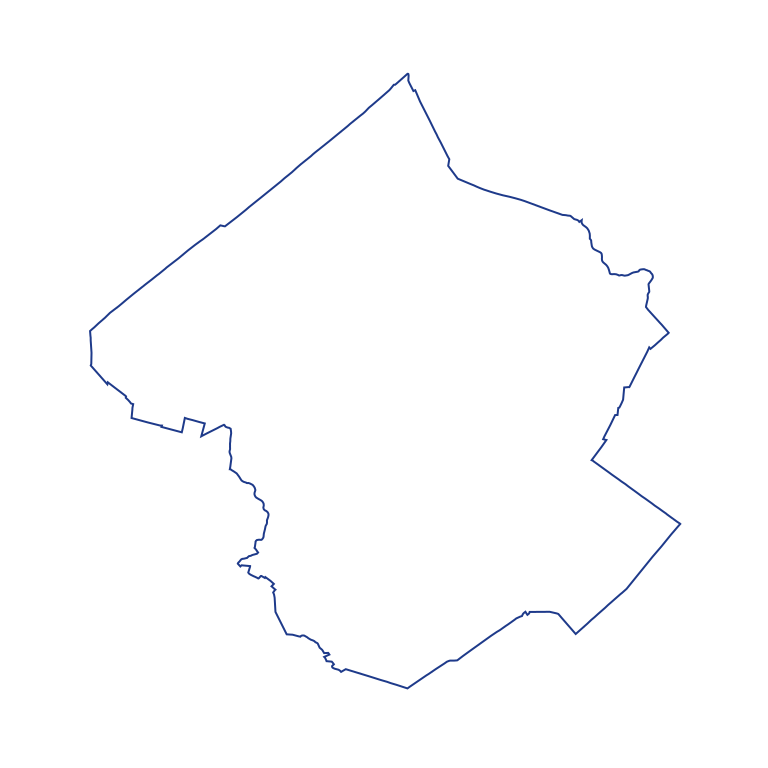 the district of Phung Hiep, Hau Giang, Vietnam, rotated 173°
{"feature_id": "81297802B32262425524101", "entity_name": "Phung Hiep", "entity_type": "district", "adm_level": 2, "iso_a3": "VNM", "parent_name": "Vietnam", "parent_adm1": "Hau Giang", "projection": "orthographic", "projection_center": [105.705, 9.788], "detail": "fine", "context": "isolated", "style": "outline", "palette": "blue", "viewbox_px": 768, "rotation_deg": 173, "n_neighbors": 0, "source": "geoboundaries", "source_scale": "gbopen_adm2", "svg_char_len": 6153}
<svg xmlns="http://www.w3.org/2000/svg" viewBox="0 0 768 768"><g transform="rotate(173 384 384)"><path d="M467.6,107.4L463.9,105.9L462.6,104.8L461.7,103.5L456.7,105.6L434.7,95.8L423.5,90.7L417.2,88.0L413.8,86.3L408.1,83.8L397.8,79.0L395.3,80.4L377.3,89.7L375.1,90.7L367.6,94.6L358.0,99.3L355.4,100.7L353.0,101.3L352.1,101.4L347.9,100.9L345.7,100.8L344.9,100.8L338.8,104.4L330.1,109.2L308.3,121.1L302.2,124.2L299.2,125.5L292.7,129.0L290.1,130.3L283.1,134.1L281.3,135.2L277.2,136.5L275.3,136.9L274.4,138.4L273.8,139.1L273.1,139.7L271.4,140.7L270.2,138.1L269.8,137.4L268.3,138.3L267.8,138.8L267.2,140.0L247.3,137.7L240.4,135.2L239.0,134.5L235.4,129.1L224.2,112.5L211.3,121.4L207.0,124.6L203.6,126.8L199.5,129.7L191.7,135.0L188.6,137.3L174.5,146.9L173.6,147.4L168.2,151.1L138.5,179.8L128.5,188.9L117.3,199.7L109.5,206.8L107.0,209.0L107.4,209.5L109.8,211.5L118.9,220.0L119.9,221.1L123.0,223.9L126.1,226.8L130.2,230.4L132.5,232.7L138.8,238.5L141.9,241.2L145.1,244.3L154.0,252.6L156.6,255.2L160.3,258.4L162.7,260.7L169.1,266.5L171.3,268.6L185.2,281.5L185.9,282.3L187.2,283.1L176.0,294.8L170.1,301.3L173.2,302.5L171.7,305.0L164.3,315.8L158.4,325.0L156.0,324.8L154.4,331.7L153.3,331.9L152.1,333.6L150.3,336.4L148.6,339.3L146.0,351.3L141.2,351.1L140.9,351.0L140.5,351.5L134.4,360.7L131.9,364.4L129.4,368.2L118.8,383.9L116.3,388.0L115.2,386.4L110.2,389.6L107.1,391.8L104.0,393.9L101.3,396.0L96.3,399.2L95.2,400.1L101.2,409.1L102.4,410.7L112.8,425.4L114.6,428.5L114.2,430.0L111.8,436.6L111.5,438.3L111.6,439.1L111.4,440.5L110.7,441.7L109.6,443.0L109.4,443.6L109.3,450.7L109.0,451.3L106.2,454.2L104.5,456.3L104.2,457.0L104.1,457.6L104.1,459.1L104.5,460.3L105.3,461.4L106.3,463.2L107.2,463.8L108.1,464.2L109.0,464.8L109.8,465.1L110.4,465.5L111.7,466.2L112.5,466.3L113.5,466.4L115.8,466.3L116.6,465.9L117.6,464.8L118.2,464.6L122.9,464.3L124.4,463.9L127.7,462.6L128.7,462.3L130.9,462.2L131.9,462.2L132.6,462.4L134.4,463.1L135.1,463.2L135.9,463.2L137.0,463.0L137.6,463.1L138.4,463.7L140.2,464.6L141.9,465.0L144.5,465.2L145.2,465.4L145.9,465.7L146.3,466.2L146.8,469.7L147.3,472.0L148.0,473.6L149.0,475.2L151.6,478.0L152.2,479.0L152.5,480.0L152.5,481.7L152.3,482.5L152.1,484.4L152.1,486.5L152.5,487.5L153.4,488.4L158.2,491.5L159.1,492.2L160.0,493.1L160.8,495.0L160.9,495.9L161.0,499.2L160.9,501.2L161.2,502.0L162.0,503.1L161.6,506.0L161.5,508.2L162.1,511.3L163.3,513.8L164.5,515.2L166.9,517.4L167.5,518.3L167.9,519.2L168.2,520.3L168.0,521.8L167.8,522.5L170.4,521.1L171.0,522.3L171.9,523.0L172.5,523.4L174.2,524.1L175.1,524.5L178.3,528.0L178.8,528.3L181.1,528.8L182.9,529.4L186.3,530.1L186.7,530.3L198.7,536.3L222.1,548.4L225.7,550.1L230.7,552.2L236.5,554.5L243.0,556.8L249.4,559.4L255.0,561.9L258.8,563.7L261.0,564.7L265.1,566.9L268.2,568.7L270.6,570.2L273.7,571.9L285.8,578.8L293.7,592.7L291.8,599.1L293.1,602.3L298.2,616.6L300.5,622.5L301.3,625.1L302.6,628.5L306.6,640.1L313.8,660.0L317.0,671.2L317.2,671.8L319.1,671.2L322.2,679.7L322.9,682.2L322.0,687.0L322.0,688.2L322.1,688.8L322.5,689.0L322.9,689.0L335.2,680.5L336.5,679.7L337.8,679.8L341.1,676.6L342.9,675.0L351.3,669.3L362.1,662.1L365.4,660.0L369.4,656.7L371.8,655.0L375.2,653.0L385.8,646.4L388.5,644.5L410.0,630.9L424.2,622.2L426.5,620.7L428.7,619.1L439.7,612.3L444.6,609.0L449.6,605.4L457.8,600.3L461.7,597.6L483.5,584.0L496.0,576.3L499.7,573.8L509.6,567.6L522.6,559.9L523.2,560.0L527.1,561.4L531.7,558.3L546.3,549.6L549.0,548.2L554.7,545.0L562.4,540.4L572.6,533.8L585.8,526.0L586.7,525.3L594.3,520.5L595.8,519.7L601.6,516.1L608.0,512.3L621.6,504.0L629.5,499.0L637.9,493.5L647.2,488.1L651.0,485.2L652.8,483.8L659.8,479.1L664.7,475.5L667.3,473.8L669.3,472.4L669.5,467.6L669.5,465.7L669.8,463.1L670.5,450.6L672.1,439.5L672.8,438.1L658.6,417.4L657.9,419.3L642.1,403.8L641.5,403.1L642.0,401.8L639.9,399.3L638.3,397.0L637.5,395.5L635.4,394.6L636.6,390.9L636.9,389.1L638.7,381.0L623.3,374.7L611.4,370.1L609.5,369.8L610.1,368.5L609.5,368.3L590.6,360.7L589.2,364.4L585.8,374.6L583.3,373.4L578.4,371.5L572.0,368.8L566.7,366.7L571.7,354.4L565.2,356.8L554.8,360.5L552.3,361.5L547.8,363.0L547.3,362.6L546.7,361.3L546.5,361.0L546.0,360.6L544.5,359.8L543.9,359.6L543.3,359.5L541.7,358.3L541.6,355.9L541.7,353.7L543.2,348.3L543.5,346.1L544.1,343.6L544.3,341.7L544.5,340.3L544.7,338.1L545.4,336.3L545.6,335.4L545.5,334.2L544.5,330.3L544.5,328.9L546.6,320.8L547.4,318.2L546.7,318.1L546.0,317.3L543.7,315.5L541.1,313.2L539.1,309.7L537.9,307.1L537.2,305.7L536.4,304.9L535.2,304.0L532.8,302.9L532.4,302.5L531.9,302.3L530.7,302.3L529.2,301.6L526.7,299.9L525.6,298.2L525.0,296.8L524.8,295.8L524.6,294.5L524.7,294.1L525.7,291.9L525.9,291.1L526.0,290.3L525.8,289.1L525.4,288.0L524.7,286.9L522.7,285.3L520.5,283.7L519.4,282.7L518.8,281.8L518.1,280.1L518.1,279.5L518.1,278.6L518.2,277.8L518.8,276.2L518.7,274.9L518.5,274.2L517.6,273.1L516.2,272.2L515.1,270.9L514.7,269.9L514.5,269.0L514.6,268.0L515.1,266.4L515.7,265.1L516.8,263.0L517.0,260.8L517.4,259.4L518.6,257.8L519.0,257.0L519.8,254.5L521.5,250.1L522.2,247.0L522.6,246.1L523.9,244.7L524.6,244.3L525.2,244.3L526.5,244.6L527.7,244.7L529.2,244.6L530.2,243.9L530.7,243.2L530.9,242.1L531.9,238.4L532.1,237.7L532.5,237.1L531.3,235.4L530.1,233.1L529.5,232.1L530.8,231.0L533.5,230.6L534.4,230.5L535.6,230.3L537.2,229.7L539.0,229.6L540.6,228.5L541.0,228.1L544.2,227.7L546.0,227.7L547.1,227.3L547.9,226.6L549.1,225.4L550.3,224.5L550.6,224.2L551.0,223.5L548.8,220.4L547.5,221.4L539.1,219.6L539.2,219.0L541.7,213.4L541.2,212.4L540.5,211.7L539.4,210.8L537.4,209.5L537.0,209.2L535.9,208.6L534.5,207.7L534.1,207.5L532.5,206.3L532.0,206.4L529.7,208.4L529.1,208.4L525.9,206.0L525.3,206.8L520.7,202.5L517.7,199.0L520.3,196.9L516.9,193.1L517.3,192.9L519.4,190.6L518.8,188.5L518.6,185.2L519.5,171.0L511.1,147.4L505.3,146.3L499.6,144.0L497.8,143.4L497.3,143.9L496.3,144.3L495.0,144.3L493.8,144.0L491.0,141.9L490.2,141.0L487.9,139.2L485.9,138.2L484.8,137.5L484.3,137.1L483.5,136.0L482.7,135.6L482.0,135.1L481.4,134.5L480.0,130.1L478.6,128.6L477.8,127.7L477.4,126.9L476.2,124.2L472.1,123.9L471.2,122.1L476.6,120.4L475.8,119.3L474.9,116.5L474.8,115.9L469.7,114.8L469.0,113.8L467.9,111.9L469.8,110.5L470.0,109.8L469.8,109.0L469.1,108.3L467.6,107.4Z" fill="none" stroke="#1e3a8a" stroke-width="2"/></g></svg>